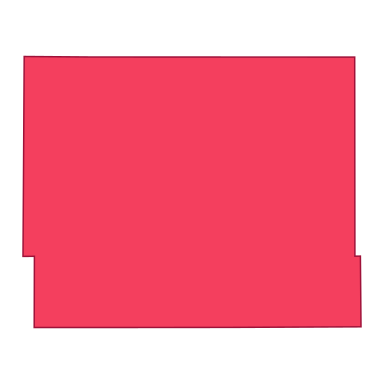 outline of Jasper, Iowa, United States of America
{"feature_id": "52423323B7316814812014", "entity_name": "Jasper", "entity_type": "district", "adm_level": 2, "iso_a3": "USA", "parent_name": "United States of America", "parent_adm1": "Iowa", "projection": "albers", "projection_center": [-93.033, 41.685], "detail": "fine", "context": "isolated", "style": "filled", "palette": "rose", "viewbox_px": 384, "rotation_deg": 0, "n_neighbors": 0, "source": "geoboundaries", "source_scale": "gbopen_adm2", "svg_char_len": 280}
<svg xmlns="http://www.w3.org/2000/svg" viewBox="0 0 384 384"><path d="M361.0,326.8L360.4,256.1L354.9,256.2L354.7,57.1L90.1,57.0L24.2,56.5L23.0,256.4L34.4,256.3L34.2,327.5L120.1,327.5L229.7,327.4L295.3,327.1L361.0,326.8Z" fill="#f43f5e" stroke="#9f1239" stroke-width="1.5"/></svg>